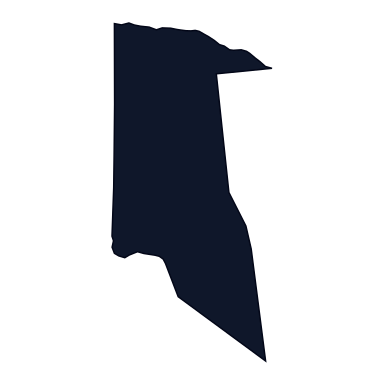 Poço Branco, Rio Grande do Norte, Brazil
{"feature_id": "56859067B85705906363289", "entity_name": "Poço Branco", "entity_type": "district", "adm_level": 2, "iso_a3": "BRA", "parent_name": "Brazil", "parent_adm1": "Rio Grande do Norte", "projection": "mercator", "projection_center": [-35.694, -5.586], "detail": "fine", "context": "isolated", "style": "filled", "palette": "ink", "viewbox_px": 384, "rotation_deg": 0, "n_neighbors": 0, "source": "geoboundaries", "source_scale": "gbopen_adm2", "svg_char_len": 749}
<svg xmlns="http://www.w3.org/2000/svg" viewBox="0 0 384 384"><path d="M265.6,361.0L251.2,249.0L250.0,243.8L245.9,226.0L228.9,192.5L216.3,73.8L272.0,68.3L265.4,66.5L259.9,61.6L255.3,58.1L249.6,53.3L246.5,51.3L241.3,49.8L233.4,50.3L229.5,49.8L224.3,46.1L219.4,44.6L214.5,40.6L208.6,36.7L203.4,33.8L199.1,31.3L195.2,30.4L190.9,30.9L185.8,30.7L180.4,30.0L176.6,29.4L170.7,28.2L162.2,27.9L156.4,29.8L149.1,27.1L145.1,26.7L140.4,26.2L134.3,25.0L128.9,23.0L121.5,24.9L114.4,23.6L114.6,104.3L114.1,156.4L113.7,187.7L112.0,236.2L113.5,240.8L112.1,247.2L114.4,253.3L118.8,255.9L124.8,257.7L129.3,255.0L137.5,251.7L143.9,253.5L155.0,255.2L159.3,256.3L163.2,259.1L165.5,263.5L178.2,296.7L265.6,361.0Z" fill="#0f172a" stroke="#020617" stroke-width="1.5"/></svg>